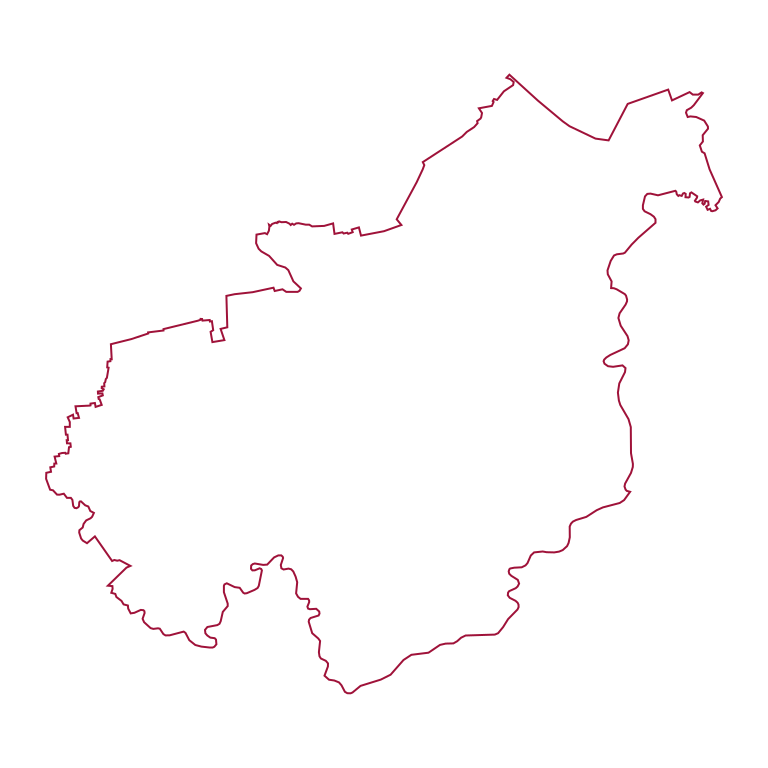 outline of My Xuyen, Sóc Trăng, Vietnam
{"feature_id": "81297802B12004492777163", "entity_name": "My Xuyen", "entity_type": "district", "adm_level": 2, "iso_a3": "VNM", "parent_name": "Vietnam", "parent_adm1": "Sóc Trăng", "projection": "albers", "projection_center": [105.88, 9.468], "detail": "fine", "context": "isolated", "style": "outline", "palette": "rose", "viewbox_px": 768, "rotation_deg": 0, "n_neighbors": 0, "source": "geoboundaries", "source_scale": "gbopen_adm2", "svg_char_len": 6040}
<svg xmlns="http://www.w3.org/2000/svg" viewBox="0 0 768 768"><path d="M256.5,234.6L256.1,243.2L258.6,248.7L261.3,251.4L269.1,255.9L277.2,264.9L285.3,267.5L288.3,270.1L293.4,281.4L300.9,288.4L299.5,290.8L297.6,291.9L286.3,291.9L282.5,289.3L274.7,291.0L273.5,287.7L252.6,292.2L234.6,294.2L226.4,295.9L227.3,327.3L220.6,328.9L224.4,340.1L212.4,342.1L210.6,331.8L213.2,330.2L211.9,321.2L209.9,321.5L209.7,320.0L202.5,320.6L202.1,319.0L200.6,318.9L200.5,319.8L197.9,320.7L163.5,329.1L163.5,330.5L148.1,332.4L148.2,333.5L131.3,339.1L110.9,344.2L111.7,359.2L110.5,359.1L110.4,361.2L107.6,361.6L107.2,367.4L108.6,367.7L106.9,377.8L105.8,379.1L105.2,382.1L104.2,383.2L104.4,386.4L101.8,386.7L101.7,388.2L103.7,389.3L102.8,390.8L97.9,391.5L98.0,393.6L102.4,393.4L102.8,395.4L98.3,397.1L98.7,399.0L99.7,399.4L101.7,404.9L95.6,406.9L94.9,403.0L90.5,403.6L90.5,405.4L89.8,405.6L75.5,406.3L76.6,413.2L77.7,413.1L79.0,417.9L73.6,418.5L73.0,414.7L67.7,417.3L69.8,422.0L69.8,426.9L65.1,426.9L65.9,434.7L67.5,434.7L68.0,440.2L66.7,440.2L67.0,443.3L70.4,443.3L70.8,446.8L69.0,447.2L68.3,453.3L65.7,453.7L65.3,452.8L62.1,453.0L58.9,453.9L59.2,456.1L54.6,456.6L56.3,463.5L54.3,463.6L54.2,466.5L50.3,467.3L51.0,471.8L46.3,472.8L46.1,478.8L50.1,489.7L53.0,490.3L57.0,494.6L59.5,494.7L63.8,493.7L67.0,497.9L70.9,497.9L72.4,499.9L73.2,505.9L74.6,507.9L76.5,508.2L78.3,507.2L79.0,506.1L79.3,502.2L79.8,501.5L81.0,501.4L85.2,505.3L88.3,506.5L90.3,511.0L93.9,512.9L92.1,516.8L90.5,518.3L86.2,520.4L83.6,523.9L82.7,527.5L79.4,530.2L79.2,532.6L81.1,538.5L82.8,540.6L87.0,543.2L94.9,536.4L112.1,561.0L114.3,560.0L117.2,560.7L119.6,560.2L130.4,565.9L126.5,567.6L107.9,585.7L112.4,586.1L112.6,588.9L111.3,592.8L115.3,593.9L116.4,597.0L121.5,600.9L123.6,604.4L127.9,605.5L128.2,608.6L130.7,613.4L134.4,612.8L140.8,609.9L143.5,610.2L144.4,611.2L144.6,613.0L142.6,618.8L144.1,622.2L150.6,628.1L153.3,628.9L158.0,628.3L159.8,628.7L163.4,634.1L165.5,635.4L169.7,635.3L183.7,631.6L185.5,632.9L189.3,640.2L195.3,645.0L201.4,646.6L209.4,647.5L212.7,647.5L214.3,646.8L216.4,644.3L216.0,639.6L214.7,638.2L210.3,637.6L207.3,635.5L205.4,633.3L205.0,629.9L207.4,627.0L217.3,625.1L219.5,623.8L220.7,621.2L222.8,611.9L227.7,606.1L227.7,603.6L223.9,592.2L223.9,585.8L224.5,584.4L226.8,583.3L234.7,587.1L239.7,587.8L243.2,592.7L244.6,593.5L246.8,593.2L254.5,589.9L257.6,588.0L258.8,585.8L261.9,570.4L261.2,569.0L259.6,568.3L254.9,570.3L252.4,570.4L251.0,568.8L251.2,565.5L252.8,564.1L254.8,563.5L263.2,564.9L267.2,564.6L274.1,557.4L278.3,555.4L281.3,555.4L282.7,556.7L283.1,558.0L280.8,565.0L281.4,568.3L283.6,569.5L288.5,568.6L291.2,569.3L293.3,571.5L295.6,576.6L297.2,582.2L296.1,593.4L298.0,596.8L300.6,598.9L308.1,598.9L309.1,600.4L309.2,602.1L307.4,606.6L308.1,608.6L309.9,609.2L316.2,608.8L319.2,611.5L319.5,613.6L318.6,615.5L310.6,618.0L309.1,619.6L308.7,621.7L312.2,633.2L318.3,638.5L320.1,641.0L318.9,652.2L319.5,656.3L320.9,658.5L325.8,660.8L328.0,663.4L327.9,666.5L324.5,675.7L329.0,679.7L334.3,680.5L339.0,682.4L341.5,685.3L344.9,691.8L347.3,693.2L350.6,693.3L352.5,692.5L360.5,685.9L380.8,679.6L390.6,674.7L403.5,660.0L411.4,654.8L428.5,652.7L440.0,644.9L445.7,643.6L453.4,643.4L457.2,641.2L461.1,637.7L465.6,635.5L494.8,634.6L498.1,633.2L503.1,627.1L508.1,619.1L517.5,609.5L518.6,607.1L518.5,604.6L517.6,602.7L515.5,600.8L509.7,597.8L507.8,595.3L508.1,592.6L509.1,591.2L515.7,588.2L517.6,586.5L519.1,583.6L517.8,579.9L511.3,575.8L509.2,573.7L508.7,571.3L509.4,569.2L510.2,568.5L514.2,567.7L521.7,567.3L525.5,565.4L527.5,563.1L530.8,555.5L534.1,552.4L542.7,551.5L546.6,552.2L554.3,552.4L559.1,551.6L562.7,550.1L567.1,546.1L568.6,542.9L569.8,537.3L569.7,526.5L571.0,523.6L572.9,521.6L576.1,520.0L586.3,516.9L596.7,510.2L602.9,507.4L619.7,503.0L624.1,500.1L630.1,491.8L626.8,490.9L625.6,489.6L624.5,486.5L625.1,483.6L631.0,472.9L632.8,467.0L632.9,463.9L631.0,453.2L630.8,427.1L628.5,419.1L620.3,405.0L618.9,400.6L617.9,392.6L619.3,383.4L625.0,372.1L625.5,368.1L622.5,365.4L613.1,366.8L608.0,366.2L604.5,363.7L603.6,361.2L604.2,359.6L606.3,357.5L610.4,354.9L624.7,348.2L627.9,344.3L628.7,340.3L627.5,336.1L620.7,325.7L618.4,318.0L619.6,313.3L625.6,304.6L627.0,301.4L627.1,299.5L626.0,295.6L624.8,294.1L616.7,289.3L613.8,288.2L611.1,288.1L611.6,281.4L607.8,274.3L607.5,270.4L610.7,260.9L614.0,255.5L616.8,254.3L623.2,253.5L624.9,252.7L631.6,244.6L638.3,237.8L655.5,222.8L655.5,219.2L653.9,216.7L650.5,214.2L644.6,211.3L642.9,208.9L642.9,205.3L645.0,196.4L647.3,193.9L650.5,193.6L658.0,195.3L675.4,190.8L676.2,191.6L676.8,194.3L678.3,195.9L679.3,195.2L681.7,195.9L683.0,193.5L684.3,193.0L685.7,193.9L685.5,197.2L688.6,197.5L689.6,196.9L690.0,193.3L691.4,192.4L697.2,196.3L697.0,197.6L694.9,200.8L695.3,201.5L697.9,202.4L700.2,200.4L703.1,199.6L702.3,203.3L703.5,204.6L704.6,203.8L705.2,201.0L708.2,201.4L708.6,204.9L706.1,206.7L707.6,209.8L710.0,208.8L711.2,211.0L712.4,211.2L715.5,210.3L717.6,208.4L715.5,205.2L718.7,202.0L720.2,198.6L721.9,197.1L709.6,169.4L704.6,153.3L701.9,151.7L699.8,145.4L702.9,141.5L702.7,135.2L708.0,128.7L707.9,126.5L704.2,120.6L696.2,117.0L690.4,116.4L687.7,117.0L686.0,112.7L686.8,110.2L691.2,107.7L693.8,105.2L702.9,93.1L701.6,92.4L698.3,94.6L692.8,94.6L689.6,92.1L672.0,100.4L668.2,89.6L627.7,103.9L608.6,140.4L595.5,138.6L569.5,126.2L562.7,121.3L537.9,100.6L509.4,74.7L506.5,77.8L510.3,79.2L513.7,82.0L513.1,85.1L503.9,91.3L497.1,99.9L494.0,99.0L492.7,101.1L493.6,102.0L491.9,105.9L478.9,108.3L482.0,113.0L481.2,117.3L480.5,118.6L477.1,121.1L477.6,123.2L474.1,127.1L466.8,131.9L462.2,136.5L422.8,162.1L424.3,165.1L422.7,169.4L416.7,182.2L396.7,219.3L401.4,225.0L384.0,231.2L361.0,235.6L358.9,227.4L351.8,229.5L352.7,232.2L348.2,233.8L347.3,232.7L343.6,233.5L342.4,232.3L334.5,233.9L333.1,223.4L324.2,225.9L312.1,226.4L309.3,224.7L305.9,224.7L298.6,223.2L296.2,223.4L294.0,224.8L292.2,223.7L290.7,225.0L289.5,223.7L286.1,222.0L281.5,222.2L279.1,221.4L278.3,222.3L277.5,222.0L276.9,223.1L275.5,222.7L272.1,224.0L270.6,225.9L269.0,224.7L269.4,226.5L268.9,230.7L267.1,234.2L264.9,233.1L256.5,234.6Z" fill="none" stroke="#9f1239" stroke-width="2"/></svg>